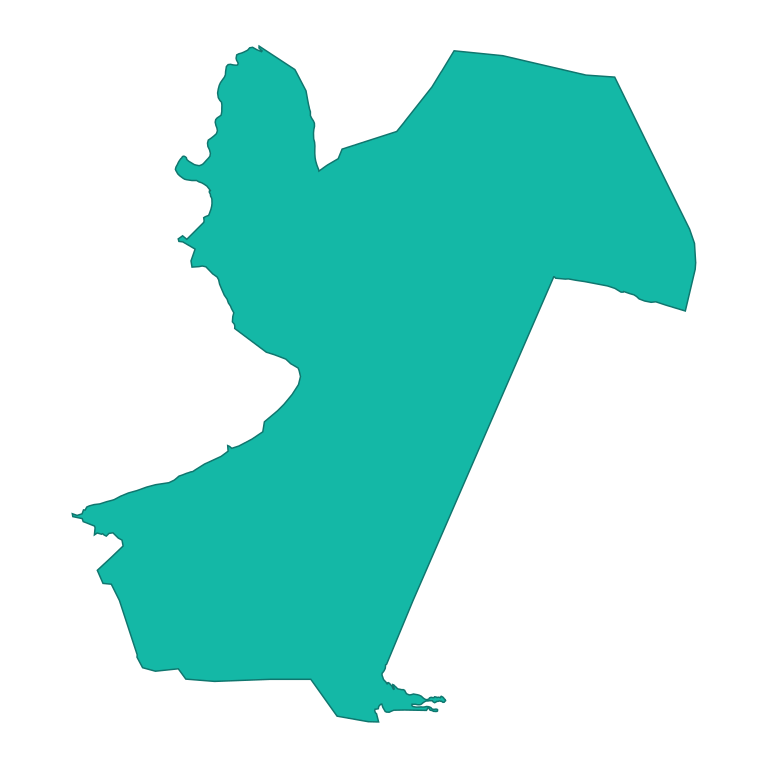 the district of San Dionisio del Mar, Oaxaca, Mexico
{"feature_id": "50627088B65923103498155", "entity_name": "San Dionisio del Mar", "entity_type": "district", "adm_level": 2, "iso_a3": "MEX", "parent_name": "Mexico", "parent_adm1": "Oaxaca", "projection": "natural_earth1", "projection_center": [-94.764, 16.327], "detail": "fine", "context": "isolated", "style": "filled", "palette": "teal", "viewbox_px": 768, "rotation_deg": 0, "n_neighbors": 0, "source": "geoboundaries", "source_scale": "gbopen_adm2", "svg_char_len": 5553}
<svg xmlns="http://www.w3.org/2000/svg" viewBox="0 0 768 768"><path d="M378.6,721.9L376.5,713.7L375.4,712.7L374.7,710.7L375.1,709.2L376.3,709.1L377.0,709.0L378.3,708.7L378.7,706.5L379.5,705.5L380.7,704.3L381.8,704.1L382.3,705.7L382.9,707.5L384.2,709.7L385.2,711.5L386.6,712.1L389.3,712.2L390.9,711.4L393.8,710.2L404.7,710.0L426.5,710.4L427.2,709.1L427.8,708.3L428.2,707.5L429.0,708.2L429.3,708.8L429.6,709.6L430.2,710.2L431.2,710.4L432.5,710.7L433.3,711.3L434.8,711.4L435.8,711.5L437.0,711.4L437.5,711.0L437.6,709.8L436.9,709.2L435.6,709.1L434.8,709.3L432.9,709.3L432.1,708.9L431.6,708.5L431.0,707.7L429.6,707.0L428.1,706.6L426.4,706.5L424.8,706.9L422.9,707.1L421.2,706.9L419.3,707.0L416.3,707.1L414.2,706.8L412.6,706.4L411.9,705.6L412.1,704.2L413.4,704.3L415.6,704.3L417.4,704.7L419.3,704.8L420.8,704.5L421.8,703.8L423.1,702.7L424.8,701.6L426.6,700.9L427.9,701.0L429.4,700.7L430.8,700.7L432.4,700.8L433.1,701.8L434.6,702.7L435.8,702.2L436.7,701.4L438.0,701.4L439.5,700.9L440.9,701.3L441.6,701.3L442.2,701.8L442.9,702.3L443.5,702.3L444.2,702.2L444.9,701.3L445.6,700.7L445.2,699.6L444.3,698.9L443.8,698.1L443.1,697.3L442.1,696.7L441.2,696.3L440.7,696.9L440.3,697.7L439.1,697.3L438.0,697.2L437.1,697.6L436.1,697.0L434.6,696.8L434.1,697.5L433.0,697.7L431.1,697.3L429.5,697.9L429.1,698.8L428.3,699.2L427.0,699.7L425.4,699.4L424.0,698.6L422.9,697.7L421.3,696.2L419.2,695.2L417.4,694.7L415.0,694.3L413.5,694.0L410.8,694.8L409.2,694.9L408.0,694.4L406.5,693.7L405.5,692.0L404.6,690.3L403.2,689.6L402.1,689.7L400.8,689.5L399.8,689.2L398.6,689.1L397.4,688.6L396.3,687.3L395.2,686.5L394.4,685.5L393.9,685.1L393.4,684.8L392.8,684.6L393.1,685.9L393.7,687.4L394.1,688.2L394.2,689.0L393.5,689.3L392.8,688.2L392.2,686.7L391.5,685.5L390.5,684.7L389.6,683.4L388.2,682.6L387.6,682.8L387.7,683.6L387.1,683.9L386.5,683.1L385.9,682.0L384.8,680.9L384.0,680.1L383.4,679.2L382.8,677.3L382.0,675.1L382.1,673.3L382.8,672.5L383.8,671.2L384.7,669.6L385.3,668.2L385.4,667.0L385.6,664.9L386.2,664.5L386.6,664.2L413.1,600.4L442.0,534.0L553.0,278.5L553.7,276.8L554.5,276.9L554.7,277.2L555.6,278.2L565.3,279.1L568.4,278.9L576.0,280.3L584.8,281.6L607.3,285.9L610.2,286.8L614.9,288.4L621.0,292.1L623.3,292.1L623.7,291.5L629.7,293.6L633.9,294.8L636.4,296.4L639.1,298.9L644.6,301.0L651.1,302.3L655.8,301.8L666.1,305.2L685.3,311.0L695.2,269.3L695.4,266.3L695.7,262.6L695.6,261.7L694.5,243.4L689.6,229.2L653.9,157.0L651.2,151.6L614.7,77.1L586.0,75.1L502.8,55.7L454.1,50.8L441.5,71.6L441.2,71.9L432.0,86.9L404.8,121.4L404.1,122.4L396.7,131.5L342.1,149.1L338.2,158.7L327.8,164.8L326.0,166.0L318.9,171.1L318.5,169.2L316.9,165.1L315.7,161.0L315.1,157.7L314.8,153.6L314.8,149.3L314.9,146.0L314.6,142.2L313.7,138.9L313.6,136.5L313.5,133.1L313.8,129.6L314.5,126.3L314.4,123.2L313.4,120.9L311.7,118.3L310.4,115.6L310.4,111.7L309.5,109.0L309.1,106.9L308.6,104.9L307.6,99.7L306.0,90.8L296.1,71.8L294.9,69.6L259.1,46.1L259.0,48.0L260.4,49.5L262.1,50.9L261.5,51.7L258.5,50.4L256.8,49.7L252.6,47.3L249.7,47.8L247.6,50.2L243.6,52.2L241.4,53.1L238.8,53.8L236.7,54.9L236.1,58.2L236.5,60.0L237.3,61.5L238.2,63.2L237.6,64.9L236.4,65.2L235.0,65.1L233.1,64.9L230.5,64.3L228.1,64.6L226.4,66.5L225.6,71.5L225.4,74.8L224.3,77.3L223.1,78.9L221.9,80.6L220.5,82.6L219.3,85.2L218.3,88.9L217.6,93.0L218.3,97.7L219.8,100.3L221.5,102.2L221.9,105.1L221.8,108.3L221.8,111.4L221.4,113.8L221.0,115.3L219.3,116.5L217.2,117.9L215.7,119.6L215.2,122.2L215.9,125.4L216.9,128.0L217.4,130.8L216.4,133.7L214.1,135.8L211.5,137.9L208.3,140.1L207.5,143.1L207.9,146.5L209.5,149.8L210.4,153.4L209.9,156.3L208.2,158.4L206.4,160.3L204.6,162.3L203.2,163.8L201.7,164.8L199.2,165.7L196.1,165.1L194.3,164.6L193.0,163.8L188.7,161.2L186.8,159.5L186.4,157.8L185.6,157.0L184.4,156.3L183.2,156.2L182.3,156.8L181.8,157.8L180.8,158.7L179.5,160.5L178.4,162.3L177.4,164.5L176.0,167.0L175.4,169.3L175.9,170.6L176.8,172.1L177.7,173.8L179.6,175.7L181.6,177.2L183.1,178.3L184.6,179.2L186.6,179.7L191.8,180.5L196.6,180.5L198.8,181.8L201.7,182.8L204.3,184.3L206.9,186.1L209.2,189.0L210.8,191.2L209.9,190.4L209.3,191.1L209.4,192.5L210.3,193.9L210.6,196.2L211.6,198.0L211.9,199.4L212.0,203.5L211.7,206.1L210.9,209.4L209.8,212.4L209.4,213.6L208.6,215.4L205.3,216.7L203.7,217.7L204.1,220.5L203.8,222.3L186.8,239.3L182.6,235.8L178.2,238.9L178.9,241.4L182.8,241.9L195.1,249.1L191.0,260.9L192.0,267.1L199.2,266.6L202.2,266.0L205.9,266.8L212.7,273.9L217.1,277.0L218.6,279.7L219.6,284.2L221.9,289.7L224.3,295.2L227.1,299.2L228.4,303.0L230.4,305.9L231.5,308.6L233.8,312.8L232.8,316.5L232.4,321.8L234.4,324.3L234.8,326.2L234.7,328.5L266.3,352.2L274.3,354.7L285.8,359.1L290.7,363.7L298.1,368.0L299.0,370.3L299.1,370.5L300.5,376.5L298.5,384.6L292.1,394.5L283.9,404.4L277.5,410.8L264.4,421.8L262.8,431.8L251.8,439.2L238.9,446.0L231.8,448.3L229.5,446.4L227.7,445.6L228.1,451.2L221.1,456.4L204.6,464.0L195.2,469.9L192.9,471.5L190.4,472.0L189.5,472.4L186.3,473.4L182.6,474.9L179.0,476.1L174.3,480.1L168.9,482.7L155.6,484.7L146.6,487.1L136.9,490.6L128.3,493.0L120.6,496.2L114.2,499.6L112.0,500.3L106.6,501.7L99.8,503.9L94.0,504.6L89.3,505.9L86.8,507.0L85.1,510.1L83.5,509.9L82.1,513.8L77.1,515.4L72.3,513.7L72.8,516.6L82.2,518.6L83.2,521.6L94.4,526.0L95.1,527.7L94.4,534.9L97.2,533.0L101.5,534.2L102.6,533.7L104.1,535.0L106.3,536.1L109.0,533.4L112.9,532.8L118.3,538.1L122.0,540.1L123.1,546.0L110.9,557.7L97.3,570.3L103.0,583.4L111.3,584.2L119.4,600.4L137.2,654.8L137.0,657.2L142.6,667.7L155.4,671.2L178.3,668.8L185.8,679.1L214.5,681.4L270.4,679.3L310.8,679.3L333.1,710.6L337.1,716.2L368.3,721.7L376.3,721.9L378.6,721.9Z" fill="#14b8a6" stroke="#0f766e" stroke-width="1.5"/></svg>